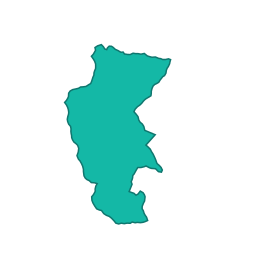 Ibaté, São Paulo, Brazil, rotated 138°
{"feature_id": "56859067B71319028154553", "entity_name": "Ibaté", "entity_type": "district", "adm_level": 2, "iso_a3": "BRA", "parent_name": "Brazil", "parent_adm1": "São Paulo", "projection": "albers", "projection_center": [-48.03, -21.94], "detail": "fine", "context": "isolated", "style": "filled", "palette": "teal", "viewbox_px": 256, "rotation_deg": 138, "n_neighbors": 0, "source": "geoboundaries", "source_scale": "gbopen_adm2", "svg_char_len": 2533}
<svg xmlns="http://www.w3.org/2000/svg" viewBox="0 0 256 256"><g transform="rotate(138 128 128)"><path d="M50.6,150.3L51.6,152.3L54.3,153.8L56.4,155.7L57.3,157.7L58.6,159.2L60.1,162.4L62.8,164.5L63.9,166.1L65.4,168.6L66.0,172.5L69.0,174.2L70.8,176.6L72.5,178.1L74.2,180.2L77.2,181.1L79.0,182.8L81.1,185.4L80.8,187.7L82.6,189.0L83.6,192.2L84.8,194.9L85.1,197.9L85.6,199.8L87.2,201.4L89.7,201.3L91.4,200.5L92.4,202.4L91.9,204.7L92.0,207.8L95.6,209.4L98.7,209.9L100.1,207.5L101.8,206.9L104.6,206.0L107.2,205.8L107.6,202.5L108.1,200.0L109.2,197.3L111.1,195.1L112.4,193.8L114.6,192.8L116.4,191.7L118.0,190.1L120.1,189.2L123.8,187.0L126.0,186.0L128.3,186.5L131.4,187.0L133.9,188.7L135.8,190.2L138.1,190.6L140.9,192.1L143.5,193.6L146.2,194.2L148.8,193.6L151.2,191.2L153.0,190.4L155.3,189.7L158.0,189.4L158.3,186.4L159.1,183.6L160.1,181.5L161.5,179.4L162.9,178.1L165.2,176.7L167.3,175.1L168.5,173.2L169.5,170.6L169.6,167.7L170.9,165.5L172.7,163.7L173.9,162.0L175.0,160.1L176.3,158.5L177.1,156.4L177.6,153.8L177.1,151.0L177.0,148.9L178.2,145.9L181.1,143.4L184.4,141.6L185.1,139.8L185.7,137.9L185.7,135.7L186.3,132.9L187.2,130.1L188.7,127.2L190.3,125.4L192.7,121.9L193.3,119.2L193.0,117.1L192.0,114.7L191.8,112.0L189.5,109.6L188.1,107.3L190.9,106.3L193.3,104.6L194.7,102.9L196.5,102.2L198.3,101.6L201.0,101.2L203.2,98.4L204.2,95.8L204.9,92.5L205.4,88.9L204.2,86.3L202.9,84.4L203.3,80.6L202.5,77.6L201.1,74.9L200.6,72.0L200.5,68.3L200.7,65.4L199.1,62.9L196.7,61.8L194.8,59.4L192.3,57.9L190.1,55.7L187.8,55.3L186.1,52.8L184.2,51.6L182.1,49.3L180.0,47.9L178.3,47.1L175.3,46.1L173.9,49.3L173.6,51.8L173.1,53.9L172.0,56.2L171.5,58.6L169.8,60.3L166.8,61.8L164.6,62.6L163.0,64.0L161.3,65.5L160.5,67.4L160.1,69.8L161.1,72.9L164.7,72.2L167.0,72.7L167.3,75.6L168.3,77.3L169.7,80.0L162.6,83.5L161.6,85.9L159.5,86.9L157.9,87.9L156.2,89.5L154.4,89.7L150.4,91.1L147.2,92.1L144.9,90.0L141.9,88.4L140.0,87.7L138.7,84.2L137.7,82.4L136.2,80.8L134.8,79.3L134.6,75.2L132.7,72.8L130.6,73.8L129.8,76.6L129.8,79.1L130.2,82.2L128.7,85.9L127.9,88.2L126.8,91.8L126.4,94.5L125.6,97.4L125.8,100.8L126.1,103.3L112.3,104.8L117.1,115.0L115.2,118.6L114.7,121.3L115.1,124.2L114.7,126.6L113.0,129.7L112.7,132.9L112.7,136.1L110.1,137.2L106.6,137.5L103.8,137.1L101.2,137.2L99.0,137.6L97.0,137.8L95.1,137.7L89.4,136.6L87.7,138.0L86.0,139.8L83.7,141.3L81.3,142.4L79.0,142.5L77.1,141.9L74.6,141.4L71.9,142.2L69.9,142.5L68.0,142.9L65.8,142.5L63.1,143.4L60.9,145.2L59.0,146.2L56.9,146.7L54.1,147.9L52.5,149.1L50.6,150.3Z" fill="#14b8a6" stroke="#0f766e" stroke-width="1.5"/></g></svg>